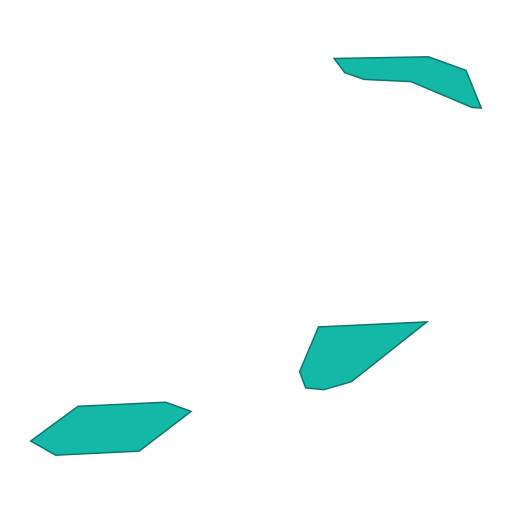 British Virgin Islands, orthographic projection
{"feature_id": "VGB", "entity_name": "British Virgin Islands", "entity_type": "country or territory", "adm_level": 0, "iso_a3": "VGB", "parent_name": "North America", "parent_adm1": "", "projection": "orthographic", "projection_center": [-64.441, 18.576], "detail": "fine", "context": "isolated", "style": "filled", "palette": "teal", "viewbox_px": 512, "rotation_deg": 0, "n_neighbors": 0, "source": "natural_earth", "source_scale": "50m", "svg_char_len": 400}
<svg xmlns="http://www.w3.org/2000/svg" viewBox="0 0 512 512"><path d="M139.2,451.1L55.6,455.2L30.7,441.0L78.0,406.3L165.5,402.2L191.1,411.4L139.2,451.1ZM351.5,381.6L323.8,389.7L305.7,387.9L299.6,371.7L318.5,326.9L426.9,321.9L351.5,381.6ZM466.0,70.4L481.3,108.1L471.9,107.4L410.9,81.6L364.0,79.4L344.7,72.7L334.1,58.5L428.4,56.8L466.0,70.4Z" fill="#14b8a6" stroke="#0f766e" stroke-width="1.5"/></svg>